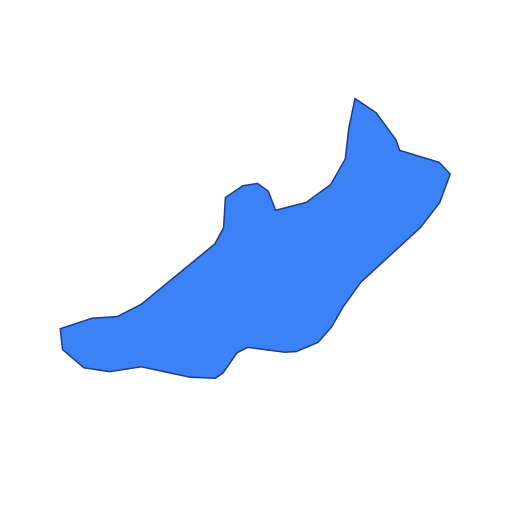 an SVG outline of Saipan, rotated 212°
{"feature_id": "MNP-4939", "entity_name": "Saipan", "entity_type": "state/province", "adm_level": 1, "iso_a3": "MNP", "parent_name": "Northern Mariana Islands", "parent_adm1": "", "projection": "natural_earth1", "projection_center": [145.747, 15.184], "detail": "fine", "context": "isolated", "style": "filled", "palette": "blue", "viewbox_px": 512, "rotation_deg": 212, "n_neighbors": 0, "source": "natural_earth", "source_scale": "10m", "svg_char_len": 634}
<svg xmlns="http://www.w3.org/2000/svg" viewBox="0 0 512 512"><g transform="rotate(212 256 256)"><path d="M318.9,80.3L342.7,70.0L370.6,74.2L383.5,90.6L362.1,116.3L341.6,131.1L327.7,154.3L297.3,244.5L298.5,262.8L312.9,289.4L304.4,308.6L293.2,318.3L279.8,317.4L263.6,305.1L241.7,328.3L230.5,356.2L231.7,385.6L245.2,413.9L255.4,442.0L230.1,441.1L198.6,428.6L190.1,421.7L150.1,432.5L134.7,428.3L128.5,398.7L131.6,367.5L153.2,289.4L155.2,259.2L154.3,235.8L157.6,215.7L171.2,196.3L180.7,189.6L214.7,174.1L220.8,163.9L222.0,139.5L225.7,130.8L247.8,118.2L294.7,101.2L318.9,80.3Z" fill="#3b82f6" stroke="#1e3a8a" stroke-width="1.5"/></g></svg>